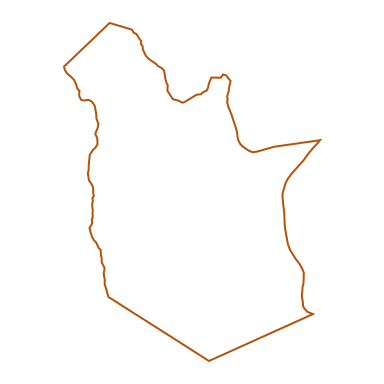 Coelho Neto, Maranhão, Brazil
{"feature_id": "56859067B80380733340566", "entity_name": "Coelho Neto", "entity_type": "district", "adm_level": 2, "iso_a3": "BRA", "parent_name": "Brazil", "parent_adm1": "Maranhão", "projection": "mercator", "projection_center": [-43.134, -4.232], "detail": "fine", "context": "isolated", "style": "outline", "palette": "amber", "viewbox_px": 384, "rotation_deg": 0, "n_neighbors": 0, "source": "geoboundaries", "source_scale": "gbopen_adm2", "svg_char_len": 1965}
<svg xmlns="http://www.w3.org/2000/svg" viewBox="0 0 384 384"><path d="M108.5,297.2L111.2,298.7L128.4,309.7L173.6,338.4L208.9,361.0L312.9,314.1L307.4,311.8L304.2,308.3L303.0,305.9L302.9,302.6L301.8,296.1L302.4,290.3L302.5,287.2L303.5,283.3L303.8,272.7L302.1,268.5L299.5,263.9L295.3,258.4L289.9,249.5L287.8,243.9L287.2,240.3L285.1,228.7L284.7,224.4L284.6,221.9L284.1,211.1L283.6,207.3L283.1,203.3L282.5,197.3L282.6,193.4L285.6,182.9L288.3,178.1L292.1,173.1L303.5,160.4L308.6,153.3L314.3,146.6L316.6,144.4L320.0,140.2L282.2,145.6L274.0,146.8L256.7,151.7L252.5,152.2L248.8,150.7L242.7,146.5L240.2,144.0L238.0,139.5L236.9,131.8L236.1,128.6L231.4,114.3L228.3,106.8L227.1,102.1L227.6,99.9L227.2,96.3L228.8,90.6L229.0,88.1L230.6,81.1L228.2,78.1L226.3,75.5L223.0,74.5L220.9,77.7L211.3,77.6L208.8,83.8L208.1,87.5L206.7,90.5L202.7,92.5L200.9,94.3L196.8,94.6L185.4,101.5L182.7,102.7L180.6,101.8L178.3,100.6L172.9,99.2L167.4,90.7L167.7,85.0L166.5,83.0L165.2,78.1L164.7,74.1L164.1,70.7L161.9,68.2L158.0,66.1L155.9,63.8L148.5,58.8L145.7,55.5L142.8,49.3L142.5,45.9L141.0,44.1L141.2,41.0L139.7,39.3L136.5,34.1L133.7,32.7L131.9,29.6L109.6,23.0L64.0,66.6L64.9,70.2L67.6,74.0L70.8,76.6L74.3,80.1L76.4,85.2L77.3,88.4L79.5,91.0L79.2,93.3L79.3,96.4L81.2,99.8L84.3,100.6L87.1,99.9L89.4,100.1L92.1,102.0L94.6,105.5L95.3,108.6L96.4,115.5L96.3,118.0L98.4,124.0L98.0,126.5L97.4,128.7L96.4,130.8L95.3,134.1L97.2,137.9L97.4,141.3L97.5,144.4L95.3,147.7L92.9,150.0L89.8,154.7L88.7,165.6L88.7,169.4L87.9,173.6L89.0,180.4L91.2,183.6L92.6,185.9L93.2,188.8L93.1,193.1L93.9,196.1L92.4,198.2L92.9,201.1L92.1,204.2L92.4,207.5L92.8,210.8L92.5,213.6L92.7,216.7L91.8,220.1L92.2,223.2L91.0,225.6L89.5,227.9L90.5,231.9L91.2,234.0L91.8,236.4L94.2,240.6L96.1,242.4L97.5,245.6L98.6,247.9L100.7,250.1L100.9,254.5L101.7,258.6L101.7,262.4L104.0,266.7L104.6,269.0L103.7,273.2L104.1,276.3L104.8,280.0L104.6,284.1L105.9,288.0L106.9,291.6L107.7,294.5L108.5,297.2Z" fill="none" stroke="#b45309" stroke-width="2"/></svg>